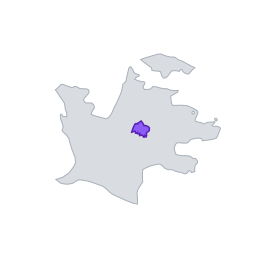 where Bərdə sits in Azerbaijan, rotated 149°
{"feature_id": "AZE-1696", "entity_name": "Bərdə", "entity_type": "District", "adm_level": 1, "iso_a3": "AZE", "parent_name": "Azerbaijan", "parent_adm1": "", "projection": "orthographic", "projection_center": [47.272, 40.358], "detail": "fine", "context": "in_parent", "style": "filled", "palette": "violet", "viewbox_px": 256, "rotation_deg": 149, "n_neighbors": 0, "source": "natural_earth", "source_scale": "10m", "svg_char_len": 4030}
<svg xmlns="http://www.w3.org/2000/svg" viewBox="0 0 256 256"><g transform="rotate(149 128 128)"><path d="M170.6,198.2L169.7,198.1L163.1,199.8L161.7,199.3L156.0,192.2L154.8,191.4L152.3,191.1L150.9,189.9L149.7,188.0L149.0,186.6L143.2,182.7L142.3,181.3L142.2,180.1L143.0,178.9L144.0,178.0L146.8,177.0L150.1,176.1L151.2,175.5L151.7,174.4L151.7,172.8L151.1,171.1L146.3,168.2L145.8,166.9L145.6,165.3L145.9,163.7L146.6,162.4L150.5,160.6L152.5,158.8L151.2,156.7L147.0,152.2L142.0,147.1L138.7,147.1L135.0,148.6L128.9,153.0L125.6,154.9L121.2,157.9L116.4,161.3L112.5,165.0L110.0,168.0L105.7,169.2L103.4,171.8L96.1,179.2L94.0,179.1L93.9,175.4L94.1,172.4L93.6,170.7L91.3,168.4L91.2,167.3L91.9,166.7L93.7,167.1L96.0,167.0L97.1,166.1L94.7,163.0L92.5,160.9L90.6,159.5L90.2,158.7L90.2,158.1L90.6,157.4L93.8,155.7L94.2,154.2L94.0,152.4L88.9,149.8L85.1,150.7L81.7,147.8L79.6,145.5L76.9,143.1L74.5,141.7L72.2,138.7L68.2,135.5L65.7,134.6L65.7,134.1L66.2,133.6L67.3,133.1L74.5,133.4L75.3,132.8L75.8,131.5L76.8,129.6L78.0,126.7L78.0,124.3L70.8,120.2L65.7,116.5L62.2,111.7L59.8,107.3L59.9,105.8L60.7,104.5L66.3,100.6L66.7,99.5L66.6,98.8L64.6,96.7L62.2,94.6L61.5,93.0L59.9,92.2L57.0,92.0L51.8,89.3L50.7,89.0L50.5,88.5L50.8,88.0L54.5,87.0L54.5,86.2L53.4,85.0L51.3,84.1L49.4,82.0L48.8,80.1L55.6,74.8L57.6,73.8L61.9,74.9L70.9,78.7L70.3,80.7L71.2,81.8L73.2,83.4L77.2,85.0L80.6,85.8L82.3,85.2L84.9,84.6L88.3,86.5L91.4,88.8L93.0,89.7L93.8,90.0L96.2,89.3L99.0,86.4L100.2,82.8L100.5,81.1L98.9,78.8L95.5,76.2L91.7,73.9L89.3,71.9L87.7,68.0L86.2,67.6L85.8,67.1L85.5,65.7L85.6,63.9L86.2,62.5L87.7,61.9L89.3,61.7L90.7,60.3L92.5,57.7L93.2,56.2L96.5,57.1L97.0,59.5L97.6,60.0L98.9,59.7L101.2,58.7L103.0,59.5L105.3,62.4L108.6,65.4L110.3,67.4L111.0,68.8L112.7,70.2L115.1,71.7L117.0,74.2L118.7,80.0L120.5,81.4L126.8,83.6L129.0,84.0L135.2,84.8L137.3,84.2L140.5,79.2L143.3,74.0L145.9,72.9L150.7,70.4L153.6,68.0L154.7,65.5L157.4,60.6L159.0,57.9L161.8,60.3L166.9,66.7L174.1,77.0L175.8,80.0L177.0,83.4L178.1,87.6L179.8,91.3L187.2,100.4L190.4,103.8L195.6,108.1L197.4,109.0L199.8,109.2L204.1,109.1L208.2,110.7L210.2,111.9L212.3,113.6L214.2,115.6L216.3,121.0L209.2,119.4L202.2,119.9L198.2,121.2L194.4,122.9L190.8,125.3L188.6,129.7L186.8,140.0L184.2,149.6L184.4,154.0L185.8,158.2L185.7,160.2L184.4,161.1L182.7,162.9L180.7,171.7L179.6,173.5L178.3,174.6L177.8,173.6L177.9,171.3L174.7,169.3L173.1,171.6L172.0,176.5L169.8,181.6L169.7,182.5L170.6,198.2ZM65.3,108.3L65.6,106.9L64.8,106.3L63.8,106.3L63.0,106.9L63.0,108.6L64.1,109.0L65.3,108.3ZM41.2,147.5L40.2,146.1L39.7,145.3L42.9,144.7L48.1,143.0L49.5,143.9L51.0,145.9L51.7,147.5L51.8,150.6L52.4,151.1L55.0,150.1L56.1,151.4L58.0,152.9L61.4,154.4L66.3,152.3L68.8,151.7L70.8,151.8L71.8,152.5L72.2,154.9L71.7,157.8L71.1,159.4L72.1,160.6L76.1,163.5L77.8,165.0L76.9,167.7L79.8,174.4L80.8,177.0L81.9,180.2L75.8,178.9L64.7,176.0L61.7,174.6L58.9,170.8L57.2,169.0L54.7,166.6L52.7,165.7L51.1,164.1L50.3,161.7L49.0,159.6L46.8,157.0L41.9,148.4L41.2,147.5ZM49.2,91.0L48.5,91.5L47.5,91.0L47.2,89.9L47.3,88.8L48.4,88.6L49.2,88.9L49.4,89.9L49.2,91.0Z" fill="#d9dde1" stroke="#a8b0b8" stroke-width="1"/><path d="M117.7,127.2L115.5,127.1L113.2,127.3L113.1,126.5L112.9,125.8L112.8,124.4L112.9,122.9L113.0,121.8L112.0,121.4L111.3,120.7L110.8,119.7L110.3,119.4L110.0,119.0L109.8,118.0L109.6,117.1L111.1,114.8L113.0,114.5L114.9,114.2L116.0,111.8L116.8,111.3L117.1,111.0L117.3,111.2L117.7,111.6L117.4,112.1L117.4,112.6L117.5,113.0L117.8,112.8L118.3,112.2L118.6,111.9L118.8,111.8L119.4,112.2L119.3,113.0L119.1,113.7L119.3,114.1L119.7,114.2L119.9,114.5L120.1,114.8L120.3,115.0L120.3,115.4L120.4,115.5L120.9,115.5L121.3,115.4L121.6,115.3L121.9,115.4L121.8,116.0L121.6,116.4L121.0,116.8L120.7,117.2L122.4,117.8L122.7,118.2L122.0,119.2L122.6,119.4L123.8,119.2L124.2,119.7L124.0,120.1L123.8,120.4L123.8,120.8L123.7,121.3L123.9,121.2L124.2,121.6L124.4,121.9L124.5,122.0L127.0,122.5L126.7,122.9L126.2,123.1L125.9,123.4L125.7,123.7L123.1,125.8L120.4,127.5L119.4,127.9L118.5,127.2L117.7,126.6L117.7,127.2Z" fill="#8b5cf6" stroke="#5b21b6" stroke-width="1.5"/></g></svg>